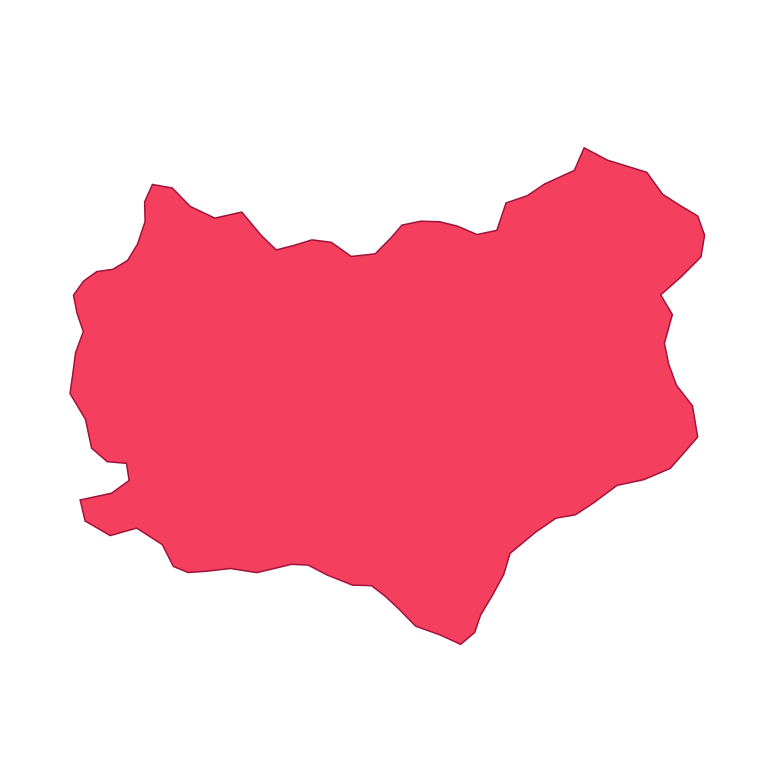 Pedra Dourada, Minas Gerais, Brazil (orthographic projection), rotated 185°
{"feature_id": "56859067B93045983783777", "entity_name": "Pedra Dourada", "entity_type": "district", "adm_level": 2, "iso_a3": "BRA", "parent_name": "Brazil", "parent_adm1": "Minas Gerais", "projection": "orthographic", "projection_center": [-42.153, -20.828], "detail": "fine", "context": "isolated", "style": "filled", "palette": "rose", "viewbox_px": 768, "rotation_deg": 185, "n_neighbors": 0, "source": "geoboundaries", "source_scale": "gbopen_adm2", "svg_char_len": 1290}
<svg xmlns="http://www.w3.org/2000/svg" viewBox="0 0 768 768"><g transform="rotate(185 384 384)"><path d="M116.7,311.4L91.5,324.9L79.9,340.6L66.9,358.5L74.8,389.2L92.5,408.1L102.1,428.6L108.2,449.0L102.8,478.3L116.1,496.9L97.0,517.0L79.3,538.2L77.6,560.1L86.1,578.7L104.9,587.8L123.0,597.3L140.7,617.8L162.5,622.5L181.0,626.5L205.2,636.7L213.0,613.4L241.4,597.3L257.7,584.1L278.2,575.0L285.0,546.9L304.5,541.0L324.3,547.6L342.7,550.5L361.5,549.4L379.9,543.9L390.2,529.7L404.2,512.9L427.7,508.2L448.9,520.6L468.3,521.3L486.4,514.0L503.1,508.2L519.2,521.3L540.7,542.9L566.9,534.5L592.5,544.0L612.0,560.8L632.1,562.6L638.3,544.7L636.2,525.0L641.7,502.0L650.2,484.8L664.2,474.6L679.9,471.0L692.2,460.4L701.1,445.4L696.0,427.9L688.1,410.0L694.0,388.4L695.0,365.0L696.0,347.2L678.3,322.7L669.7,294.6L653.0,282.5L633.6,282.5L629.5,265.7L645.9,251.5L676.6,242.0L669.8,221.5L643.5,209.1L617.9,218.9L590.9,204.7L577.9,183.9L562.6,179.1L544.5,182.0L520.9,186.8L494.3,185.0L477.9,190.4L460.5,196.3L443.8,197.0L423.6,188.6L398.0,180.9L378.9,182.0L364.6,172.9L348.8,160.5L331.4,145.5L306.2,138.9L285.0,131.3L272.0,144.4L267.6,162.3L258.0,182.0L248.1,204.7L243.7,226.2L220.1,249.6L201.0,265.3L181.9,270.4L165.2,283.6L143.0,303.3L116.7,311.4Z" fill="#f43f5e" stroke="#9f1239" stroke-width="1.5"/></g></svg>